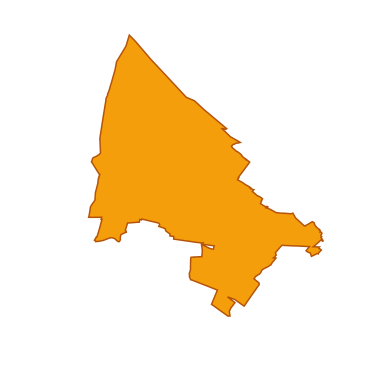 Oaxaca de Juárez, Oaxaca, Mexico, rotated 304°
{"feature_id": "50627088B44043795414637", "entity_name": "Oaxaca de Juárez", "entity_type": "district", "adm_level": 2, "iso_a3": "MEX", "parent_name": "Mexico", "parent_adm1": "Oaxaca", "projection": "natural_earth1", "projection_center": [-96.731, 17.097], "detail": "fine", "context": "isolated", "style": "filled", "palette": "amber", "viewbox_px": 384, "rotation_deg": 304, "n_neighbors": 0, "source": "geoboundaries", "source_scale": "gbopen_adm2", "svg_char_len": 5957}
<svg xmlns="http://www.w3.org/2000/svg" viewBox="0 0 384 384"><g transform="rotate(304 192 192)"><path d="M121.9,160.1L122.7,159.4L122.5,158.6L122.6,158.3L123.2,158.1L129.1,156.3L130.3,155.9L130.9,156.8L136.1,163.3L137.1,164.6L137.4,165.1L137.8,165.1L140.0,164.0L140.6,165.8L141.5,165.5L147.6,181.8L147.1,183.3L146.7,183.6L146.1,183.6L145.8,183.5L144.9,183.7L145.9,187.2L146.0,187.4L146.6,190.5L146.2,190.7L145.1,192.0L145.1,192.3L144.9,194.5L144.9,196.8L144.8,197.4L144.4,197.5L143.2,198.3L144.9,201.7L143.6,202.6L142.7,203.1L144.4,206.6L148.9,215.9L153.0,224.4L155.8,229.6L156.0,229.7L154.7,230.4L156.0,232.8L159.8,240.6L158.1,241.1L157.4,241.5L156.5,241.7L156.3,241.3L156.1,240.8L155.8,240.1L155.5,239.2L155.3,238.7L155.2,237.9L155.0,237.6L154.3,232.1L154.1,231.1L154.1,230.7L154.0,229.8L153.8,229.2L150.6,232.1L149.6,232.9L149.6,233.2L147.4,234.3L147.0,234.6L143.9,236.3L142.4,234.3L140.7,232.0L140.3,231.5L139.2,230.1L139.1,229.7L138.9,229.7L138.5,229.3L137.7,228.1L137.2,227.6L134.5,229.1L134.4,229.3L132.6,230.3L131.7,230.9L129.6,232.3L126.7,234.2L126.4,234.3L125.9,234.4L125.8,234.5L125.1,234.8L123.2,235.2L122.8,235.4L122.3,235.7L121.8,236.4L121.6,236.8L121.4,236.8L120.9,236.8L120.7,236.9L120.2,237.4L119.9,237.9L119.3,238.7L118.5,240.1L118.8,240.5L124.9,267.9L109.8,271.0L109.2,291.1L110.4,292.9L113.9,289.7L117.5,289.1L124.3,289.5L124.9,280.0L126.8,287.5L126.5,299.0L139.5,299.2L152.9,299.5L154.1,298.3L154.7,291.9L154.9,291.9L155.4,291.9L155.9,292.0L156.1,292.1L156.6,291.9L157.0,291.9L157.5,291.9L157.8,291.9L158.2,292.3L158.9,292.6L159.5,292.8L159.9,292.8L160.1,292.9L160.3,293.1L161.2,293.6L161.6,293.8L162.3,293.9L163.4,294.0L164.5,294.0L164.8,293.8L165.5,293.7L166.1,293.7L166.4,293.7L166.9,293.9L167.5,294.0L167.9,294.1L168.4,294.4L171.4,296.1L172.9,296.9L173.4,297.2L173.7,297.2L174.4,297.4L175.3,297.9L175.7,298.2L176.1,298.0L177.0,298.1L178.2,298.0L178.9,298.0L180.7,298.3L181.6,298.4L182.6,298.4L183.5,298.5L184.2,298.6L184.1,298.2L183.9,297.7L183.6,297.2L183.1,296.5L184.4,296.9L185.5,296.9L186.1,296.8L186.8,297.1L187.5,296.1L188.3,295.1L189.8,295.3L196.6,296.1L198.0,296.3L203.0,304.5L203.2,304.9L203.9,306.0L206.1,309.4L212.4,319.9L207.0,319.4L207.0,322.2L207.2,322.6L207.3,322.9L207.5,324.1L207.5,324.3L205.4,327.0L210.6,330.0L211.3,330.7L211.4,331.3L211.6,331.2L211.8,331.0L212.0,331.0L216.2,331.7L216.3,331.1L216.3,329.6L216.4,328.2L216.6,328.1L217.6,328.3L214.4,323.1L214.8,323.2L215.0,323.4L215.7,323.6L219.0,324.5L223.2,325.5L224.5,325.8L224.4,326.1L224.3,326.9L224.2,327.6L224.7,327.9L224.8,328.0L225.2,327.4L226.3,324.9L226.5,324.2L227.6,324.4L227.6,323.9L227.8,323.5L228.1,323.2L228.6,322.9L229.2,322.9L229.6,323.0L230.1,323.0L230.6,322.6L230.8,322.1L230.8,321.4L230.6,321.0L230.4,320.7L231.1,320.7L231.5,319.1L232.0,319.3L232.2,318.6L232.3,315.9L232.5,314.8L232.7,314.4L233.0,313.0L233.6,311.8L234.3,311.0L234.5,310.9L234.7,310.6L234.8,310.5L234.9,310.2L234.7,309.6L234.7,308.8L234.7,308.4L232.4,307.3L231.7,307.0L229.9,306.1L227.8,305.0L227.2,305.0L227.0,304.6L226.8,303.3L227.1,301.1L227.3,299.9L227.5,298.7L227.7,297.3L227.8,296.6L228.2,294.0L228.3,293.1L228.6,292.1L228.9,291.3L229.4,290.5L230.2,288.7L230.9,287.4L229.9,286.7L229.2,286.1L226.6,281.4L224.0,277.2L223.5,276.2L223.1,275.4L222.6,274.5L222.4,274.0L222.2,273.8L222.0,273.3L221.9,273.0L221.9,272.6L221.7,270.0L221.6,268.9L220.9,263.6L222.2,263.1L221.9,262.1L220.3,262.6L220.1,261.7L220.9,261.3L220.8,260.5L220.9,260.3L220.7,258.3L220.7,257.8L220.7,255.2L223.6,254.7L223.6,254.3L225.8,254.3L225.9,253.5L225.9,253.3L226.0,252.4L225.9,251.3L225.9,251.2L225.9,250.1L225.8,249.9L225.7,249.8L225.6,249.0L225.4,247.8L225.5,247.6L225.8,245.4L226.2,241.7L228.4,242.0L228.3,241.8L228.2,241.6L228.0,240.3L228.1,239.8L228.1,239.1L227.5,239.0L227.6,238.3L227.9,238.3L227.9,237.5L228.4,237.6L228.4,236.3L228.2,234.5L228.1,232.9L228.0,232.2L228.1,229.8L228.0,227.3L227.7,223.7L227.6,222.8L230.1,222.9L230.1,222.2L239.1,222.7L243.8,222.9L246.1,223.0L246.4,223.0L249.0,223.1L249.4,218.9L249.0,218.9L249.3,218.3L249.4,217.3L249.2,217.3L249.5,215.0L249.8,212.9L250.3,212.7L250.5,211.8L250.6,211.0L250.7,209.8L250.8,208.6L250.8,207.3L250.7,205.9L250.8,204.6L251.1,202.3L251.1,201.7L251.3,200.8L251.5,200.2L252.3,198.6L252.3,198.4L252.4,198.9L253.1,199.4L254.1,199.4L254.5,199.6L255.8,200.7L257.2,201.2L258.4,202.9L260.1,204.3L259.3,192.9L259.3,192.7L259.9,189.5L260.1,188.6L260.4,186.9L260.7,185.2L260.7,184.9L260.8,184.0L261.0,183.6L261.1,183.1L261.1,182.4L261.3,181.4L261.5,181.6L261.7,181.8L261.9,182.4L262.1,183.0L262.7,184.8L263.9,185.4L267.0,155.9L269.0,142.9L267.3,134.4L279.2,82.7L285.2,61.1L287.0,52.3L276.0,55.7L257.9,56.6L250.5,59.8L236.2,64.5L233.6,65.2L231.1,66.1L228.6,66.8L226.1,67.2L224.8,68.0L222.8,68.2L221.6,68.4L220.6,69.0L204.8,76.3L185.0,85.6L173.2,94.3L171.1,94.0L169.9,93.5L168.5,93.0L167.1,92.1L165.7,91.2L164.3,90.8L162.9,91.2L161.4,91.7L160.8,91.7L160.4,92.8L154.9,105.1L154.9,105.3L155.0,105.8L152.7,106.2L152.6,106.4L152.5,106.6L152.3,106.8L152.2,106.9L151.7,106.9L151.4,106.9L151.2,106.8L151.0,106.7L146.6,109.0L145.4,109.5L144.9,109.7L144.7,109.7L143.5,110.2L137.7,112.2L137.4,112.3L136.0,113.2L134.9,113.7L134.6,114.0L131.8,115.6L131.7,115.7L131.4,115.8L131.2,115.9L131.2,116.0L130.9,116.1L130.5,116.1L128.1,116.1L127.9,116.0L125.6,116.0L124.8,116.0L124.4,116.1L123.0,116.1L122.1,116.5L119.9,117.6L119.1,118.0L118.9,118.0L118.2,118.4L114.1,120.2L113.9,120.7L113.5,120.4L113.2,120.5L115.9,124.5L118.0,127.5L118.5,128.3L119.4,129.6L120.6,131.2L118.5,131.9L119.0,132.7L115.9,133.7L113.6,134.5L113.4,134.6L109.2,136.0L108.1,136.3L106.0,137.0L104.2,137.5L103.5,137.7L101.9,138.2L101.2,138.3L101.1,137.8L99.2,138.0L97.4,138.1L97.5,139.6L97.0,139.9L97.4,140.4L98.9,142.2L102.0,145.3L105.6,147.9L107.0,148.8L108.3,149.9L108.8,150.4L109.7,152.1L110.1,154.4L109.6,157.2L109.6,158.5L110.1,159.4L111.2,159.5L112.5,159.2L114.3,157.9L116.3,157.1L117.0,157.0L119.1,158.2L120.1,158.7L121.9,160.1Z" fill="#f59e0b" stroke="#b45309" stroke-width="1.5"/></g></svg>